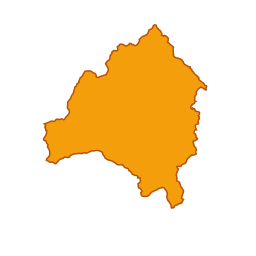 Tuan Giao, Điện Biên, Vietnam, rotated 342°
{"feature_id": "81297802B47935602128313", "entity_name": "Tuan Giao", "entity_type": "district", "adm_level": 2, "iso_a3": "VNM", "parent_name": "Vietnam", "parent_adm1": "Điện Biên", "projection": "albers", "projection_center": [103.401, 21.645], "detail": "fine", "context": "isolated", "style": "filled", "palette": "amber", "viewbox_px": 256, "rotation_deg": 342, "n_neighbors": 0, "source": "geoboundaries", "source_scale": "gbopen_adm2", "svg_char_len": 5853}
<svg xmlns="http://www.w3.org/2000/svg" viewBox="0 0 256 256"><g transform="rotate(342 128 128)"><path d="M144.5,217.3L144.6,217.5L145.5,217.2L145.7,217.3L145.8,217.8L146.8,217.9L147.4,217.6L147.9,216.6L149.3,216.2L151.5,216.4L152.6,215.7L153.1,215.7L154.0,216.1L154.5,215.6L154.9,215.5L155.4,216.0L155.8,215.9L156.8,215.0L157.0,214.5L157.7,214.3L158.0,213.7L158.7,213.2L157.2,211.2L161.3,205.4L161.4,205.0L160.8,201.8L160.1,200.0L160.2,195.9L160.1,195.4L158.0,193.0L158.5,191.8L159.1,190.9L159.4,187.8L159.6,186.9L161.0,185.3L162.2,183.6L162.9,183.1L163.3,182.6L163.3,182.3L162.4,180.8L162.3,180.1L162.6,179.8L163.3,179.7L166.3,180.8L166.5,180.8L167.5,179.8L168.2,179.5L171.5,179.3L172.3,178.8L174.0,176.7L174.9,175.9L175.7,175.4L177.3,174.7L177.9,174.1L179.1,174.1L179.8,173.3L181.3,173.9L182.3,174.0L184.6,174.0L184.8,173.8L184.9,173.3L184.7,172.4L184.9,172.1L185.2,171.2L186.2,170.1L186.3,169.4L186.3,168.0L185.2,165.0L185.5,164.5L185.4,163.3L185.7,162.5L185.5,161.8L185.6,161.2L186.8,160.3L187.3,160.8L188.0,160.9L188.4,160.7L189.1,160.2L190.3,160.3L190.9,159.3L190.2,158.7L189.9,158.3L190.0,157.3L190.3,156.8L190.2,156.1L190.4,154.9L190.1,154.3L189.6,154.0L189.2,153.5L189.4,152.6L190.3,151.1L191.1,150.5L191.4,150.4L192.6,150.9L192.4,149.5L192.5,147.9L192.7,146.8L193.0,146.3L194.3,145.6L195.6,145.9L196.2,145.7L196.5,145.4L196.6,144.9L196.6,143.2L196.8,142.9L197.6,142.0L198.8,141.2L198.7,140.2L199.3,139.4L198.7,138.0L200.2,137.0L200.8,135.7L200.7,135.1L199.8,134.1L197.3,132.9L197.2,132.4L197.4,130.9L196.8,130.0L196.4,129.9L195.3,130.3L194.8,130.0L194.7,129.6L195.2,128.9L194.1,128.9L194.0,128.2L194.1,127.3L194.4,127.0L195.8,126.2L196.0,125.5L196.7,125.5L197.1,125.1L197.9,125.4L198.5,125.2L200.1,123.7L200.7,123.6L200.0,123.0L199.9,122.3L201.0,119.8L201.0,118.8L203.4,117.1L203.7,116.7L204.1,114.6L206.8,112.6L207.6,112.3L208.6,112.1L209.5,111.6L209.9,111.6L211.8,113.4L212.5,114.6L213.7,115.9L214.3,115.7L214.5,114.0L215.6,112.9L215.7,112.3L214.2,111.0L214.0,109.5L213.5,108.4L212.7,107.6L210.2,103.6L210.2,103.3L210.8,102.7L210.9,102.2L210.0,100.2L208.0,97.0L207.4,94.8L206.6,93.4L206.7,92.1L205.4,90.5L205.4,90.1L206.1,89.5L206.1,89.2L204.4,88.3L202.7,86.2L201.7,85.3L200.9,83.5L201.1,82.1L200.2,80.8L200.4,80.2L200.3,79.9L199.4,79.3L199.1,78.5L198.1,78.1L197.6,77.3L196.9,76.8L195.8,76.4L193.8,74.4L193.6,73.2L194.1,72.6L193.8,72.0L193.8,71.6L194.5,70.2L195.3,66.8L195.6,66.1L196.2,65.4L196.1,64.8L195.4,63.6L194.1,62.0L192.9,59.3L191.9,58.6L192.7,57.9L193.1,57.4L194.0,55.4L193.9,54.9L193.2,53.1L192.9,52.7L192.3,52.5L192.0,51.7L191.4,51.2L191.0,51.2L190.6,51.6L190.2,51.6L188.7,50.1L189.4,48.6L189.0,46.2L188.5,44.9L187.5,43.9L187.4,42.8L186.6,42.0L186.5,39.0L185.3,38.1L184.7,38.3L183.6,38.5L182.7,40.0L182.0,40.3L181.4,40.9L180.1,41.2L178.7,41.1L178.0,41.5L177.3,42.6L176.2,43.9L175.7,44.4L174.6,45.0L173.9,45.2L169.8,45.5L166.1,47.3L165.9,48.6L164.3,50.4L163.7,50.8L163.1,50.9L162.4,51.6L161.5,52.0L160.6,52.0L159.2,50.9L158.7,50.3L158.2,50.1L157.7,50.2L157.1,48.8L155.9,48.0L155.6,48.0L155.0,48.7L153.1,49.5L152.6,49.3L150.9,49.2L149.3,47.1L147.4,46.1L146.2,45.9L145.8,45.9L145.3,46.7L142.8,47.5L143.0,48.7L142.3,50.6L141.9,51.0L141.6,51.1L140.2,50.7L138.3,49.9L136.6,50.5L136.0,50.9L135.9,51.7L135.5,52.2L133.3,53.8L132.2,56.5L131.3,57.4L129.5,57.8L126.7,59.6L126.6,60.5L127.4,64.1L127.5,66.2L127.0,67.1L125.1,69.0L124.0,70.2L123.7,70.7L123.1,70.5L120.0,70.4L117.8,70.5L117.0,70.4L115.7,70.8L114.9,70.6L113.6,69.7L114.0,68.1L114.0,67.6L113.5,66.0L113.1,65.5L111.9,64.7L110.6,62.8L110.0,62.3L108.5,61.6L105.7,60.9L104.7,60.8L101.9,63.0L101.0,64.2L98.9,65.4L97.9,65.6L96.4,67.7L95.4,68.5L95.5,69.4L95.3,69.7L93.5,70.0L92.9,70.5L91.9,72.0L90.1,72.7L89.8,73.0L89.1,74.6L88.0,75.7L87.4,77.2L85.8,78.8L84.9,79.4L83.7,80.5L83.2,81.4L81.5,82.9L79.5,84.1L78.7,84.8L76.6,90.0L76.8,91.4L77.4,92.4L77.2,94.7L77.1,95.1L76.1,96.2L74.2,97.5L72.4,98.3L71.3,99.4L69.7,100.3L69.3,100.2L67.9,98.8L65.1,98.7L63.9,97.9L62.8,97.6L62.0,97.8L61.1,98.6L60.4,98.8L59.1,98.6L57.8,97.9L57.0,97.7L54.6,98.1L49.7,98.2L50.7,99.2L50.1,99.8L50.1,100.7L49.5,101.1L49.7,101.7L49.1,102.1L49.5,103.3L49.1,104.8L49.8,105.5L49.2,106.9L49.1,107.4L48.9,107.9L47.0,110.1L45.3,111.3L44.5,112.1L44.2,112.7L44.3,113.6L44.6,114.1L45.7,114.6L45.9,114.9L46.1,115.6L46.0,117.0L46.3,118.1L46.7,119.1L46.5,119.7L45.8,120.5L45.6,121.0L46.3,124.5L46.3,125.6L45.8,127.7L45.0,130.0L43.3,130.9L42.3,131.9L41.2,132.1L40.3,133.4L41.8,134.8L43.1,136.4L43.6,136.6L45.8,137.1L46.9,138.3L47.1,139.1L47.4,139.3L48.1,139.5L48.7,139.5L50.1,138.5L51.2,138.0L53.1,136.9L54.8,136.7L56.8,136.9L58.3,136.2L59.0,136.1L61.4,137.4L62.7,137.6L63.5,137.5L64.3,136.6L65.6,136.2L69.1,136.0L69.8,136.4L72.3,136.6L72.9,137.1L73.7,137.0L74.1,137.0L74.6,137.4L75.9,138.0L79.2,138.0L80.3,139.0L81.1,139.1L84.6,138.7L85.4,138.8L86.2,138.5L86.8,138.5L88.0,139.2L90.9,139.5L92.7,140.2L93.6,140.8L95.8,142.8L96.1,144.2L96.1,146.1L96.9,148.1L97.0,149.7L99.0,152.0L102.0,154.0L103.0,154.8L103.3,155.4L104.0,155.9L105.2,157.4L106.0,158.9L106.3,159.3L107.7,160.1L110.5,161.0L111.5,161.6L111.9,162.3L112.5,164.2L112.8,164.7L115.4,166.5L115.8,169.1L116.6,169.6L117.0,170.0L117.3,170.8L117.8,173.2L118.1,173.5L119.0,174.5L119.9,174.9L120.6,175.6L121.4,175.8L121.8,176.0L122.3,177.4L121.8,178.1L121.7,178.5L121.8,178.6L124.1,179.2L124.1,179.6L123.7,180.5L123.6,181.7L123.3,182.6L122.5,183.3L121.9,183.6L120.5,183.9L120.2,184.2L119.7,187.0L119.6,188.1L119.9,188.6L120.6,189.0L121.0,189.4L121.7,191.9L121.8,192.6L121.6,192.8L120.2,193.3L119.9,195.8L120.1,196.6L120.5,197.2L121.6,197.9L122.2,198.1L124.7,198.9L125.6,198.9L127.3,198.4L129.7,196.8L132.7,195.9L135.8,195.8L138.1,195.2L140.0,195.1L142.2,195.3L143.5,195.8L143.9,196.1L144.3,198.0L145.0,199.2L145.2,202.3L144.7,203.6L143.6,205.1L143.5,205.5L143.5,208.9L144.5,211.7L145.0,214.4L144.9,216.0L144.5,217.3Z" fill="#f59e0b" stroke="#b45309" stroke-width="1.5"/></g></svg>